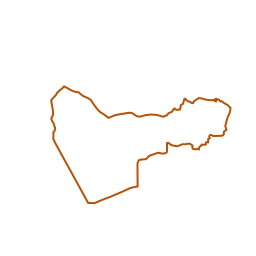 SVG path tracing the border of Rio San Juan, rotated 311°
{"feature_id": "NIC-4800", "entity_name": "Rio San Juan", "entity_type": "Department", "adm_level": 1, "iso_a3": "NIC", "parent_name": "Nicaragua", "parent_adm1": "", "projection": "equal_earth", "projection_center": [-84.287, 11.292], "detail": "fine", "context": "isolated", "style": "outline", "palette": "amber", "viewbox_px": 256, "rotation_deg": 311, "n_neighbors": 0, "source": "natural_earth", "source_scale": "10m", "svg_char_len": 3009}
<svg xmlns="http://www.w3.org/2000/svg" viewBox="0 0 256 256"><g transform="rotate(311 128 128)"><path d="M158.4,195.5L157.9,194.6L155.7,192.3L155.5,191.9L155.1,191.3L154.9,190.6L155.3,189.5L155.7,189.2L157.1,188.2L156.7,185.0L155.0,183.1L153.2,181.9L152.3,180.6L151.2,179.6L146.7,177.3L145.6,176.0L145.3,175.1L144.0,172.9L143.6,171.9L143.4,170.3L143.4,169.0L143.2,168.0L142.3,167.3L141.4,168.0L136.1,172.6L135.2,173.1L134.1,173.0L133.1,172.4L132.2,171.7L131.3,170.8L129.1,167.1L128.7,166.7L128.2,166.4L127.7,166.1L127.2,165.9L122.3,163.0L120.0,162.1L117.9,162.2L116.2,161.9L112.4,158.3L110.7,157.3L107.6,158.3L100.3,164.7L90.2,173.6L84.6,169.3L76.2,165.5L62.9,159.0L58.1,156.3L49.3,152.0L45.3,147.1L68.9,83.0L70.7,79.0L71.0,78.6L71.4,78.1L72.9,77.1L74.9,75.3L75.8,74.6L76.4,74.3L76.9,74.5L77.1,74.6L77.6,74.5L79.4,73.6L80.0,73.1L80.3,72.8L80.7,72.1L81.1,71.3L81.8,70.3L81.9,70.1L82.0,69.8L82.2,69.5L82.6,68.9L82.8,68.5L82.9,68.0L82.9,67.8L83.2,67.0L84.6,64.0L88.8,62.8L91.3,60.6L97.8,52.7L98.1,52.1L98.6,51.9L99.1,51.8L106.3,51.9L108.3,51.4L108.8,51.4L109.6,51.7L110.0,51.8L111.5,51.6L111.8,51.6L112.2,51.8L112.6,52.0L113.7,52.3L117.5,52.5L119.5,61.6L121.0,65.2L121.8,66.1L122.4,66.9L122.6,67.8L122.5,69.4L122.6,72.8L123.7,76.2L124.7,80.3L124.6,81.4L124.5,82.8L123.5,85.9L122.1,92.2L121.8,94.8L121.8,96.5L122.5,101.6L122.9,106.7L129.4,109.9L132.3,112.2L140.1,118.7L141.6,120.7L142.2,122.5L142.3,124.2L142.5,125.9L143.2,127.9L144.1,129.1L145.0,130.0L149.6,133.1L153.5,136.8L156.3,140.5L157.2,142.0L159.2,146.4L159.7,147.2L160.1,147.5L160.4,147.5L160.7,147.6L161.1,147.8L161.7,148.3L162.0,148.5L162.5,148.6L163.3,149.0L163.6,149.1L163.8,149.1L164.8,148.9L165.4,148.9L165.7,148.9L166.3,149.1L167.9,150.0L169.2,150.5L172.3,150.0L172.9,150.1L173.2,150.3L173.2,151.1L173.1,151.5L173.2,151.8L173.3,152.1L174.4,153.6L175.4,154.6L175.9,155.0L176.3,155.0L177.1,154.4L177.7,154.3L178.0,154.1L178.4,153.8L178.6,153.6L179.1,153.3L179.5,153.1L180.2,152.9L180.8,153.1L181.7,153.5L182.2,153.6L182.6,153.6L182.8,153.4L183.0,153.3L183.3,153.2L183.5,153.0L184.2,152.6L185.2,152.4L185.7,152.2L187.0,151.4L187.3,151.5L187.5,151.7L187.5,152.1L187.4,154.6L187.4,155.0L187.5,155.7L187.6,156.0L187.9,156.6L188.2,157.0L188.4,157.3L188.5,157.6L188.5,158.0L188.5,158.9L188.6,159.4L188.8,159.9L189.2,160.6L189.5,160.8L189.8,160.8L190.1,160.7L190.3,160.5L190.5,160.4L191.2,160.3L192.3,160.5L196.2,161.5L196.9,161.8L197.1,162.0L197.5,162.4L199.3,165.5L200.7,168.6L203.3,172.3L205.0,174.0L205.7,176.9L207.5,176.4L207.1,175.0L207.9,175.3L208.6,177.6L208.8,177.7L209.0,178.5L208.7,180.3L209.7,181.0L209.8,183.9L210.7,188.6L210.4,192.2L206.9,194.5L200.5,196.6L200.0,196.8L193.4,200.1L191.4,203.2L191.1,203.5L188.4,202.8L187.7,203.1L186.3,204.3L185.4,204.6L184.5,204.4L183.8,204.0L177.9,197.7L177.4,195.5L176.3,194.5L175.0,194.8L173.8,196.4L172.2,195.8L169.7,197.9L168.5,196.4L167.8,196.4L166.7,197.5L165.6,196.9L163.8,194.5L162.6,194.8L161.7,194.6L161.0,194.5L159.5,194.5L158.4,195.5Z" fill="none" stroke="#b45309" stroke-width="2"/></g></svg>